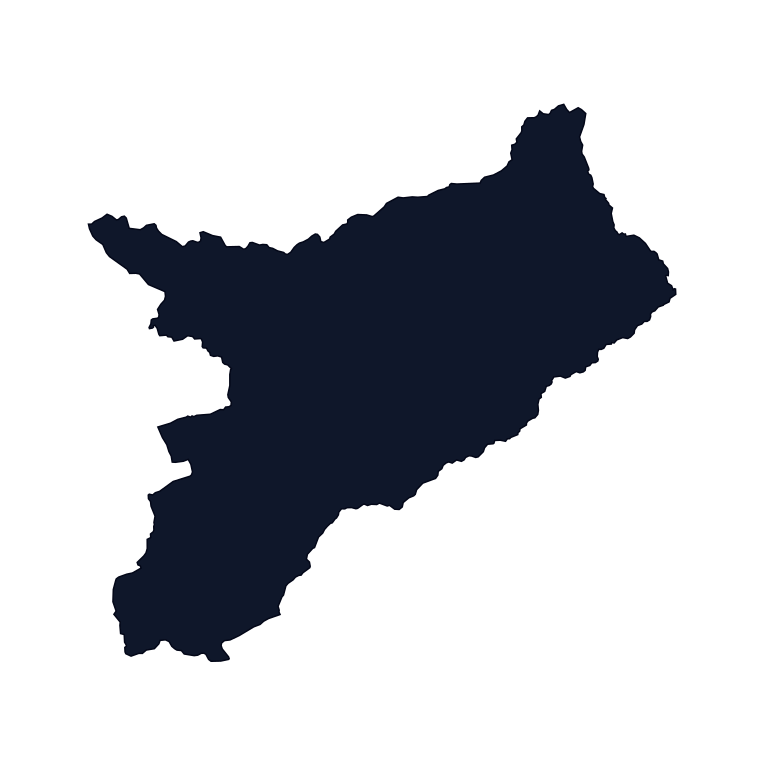 the district of Erati, Nampula, Mozambique, rotated 171°
{"feature_id": "85939544B1665883546251", "entity_name": "Erati", "entity_type": "district", "adm_level": 2, "iso_a3": "MOZ", "parent_name": "Mozambique", "parent_adm1": "Nampula", "projection": "albers", "projection_center": [39.844, -13.887], "detail": "fine", "context": "isolated", "style": "filled", "palette": "ink", "viewbox_px": 768, "rotation_deg": 171, "n_neighbors": 0, "source": "geoboundaries", "source_scale": "gbopen_adm2", "svg_char_len": 6137}
<svg xmlns="http://www.w3.org/2000/svg" viewBox="0 0 768 768"><g transform="rotate(171 384 384)"><path d="M153.2,387.9L152.6,389.4L150.3,388.5L147.2,391.1L141.0,392.5L136.2,390.8L133.2,391.9L129.0,395.0L128.0,398.3L124.5,402.0L120.0,402.9L117.2,405.1L114.2,404.7L111.7,405.8L110.1,408.8L109.8,411.6L107.8,413.3L105.0,413.9L101.1,417.2L95.8,418.1L95.2,418.8L89.6,420.5L88.1,423.9L81.8,426.9L81.2,432.2L82.4,432.7L83.7,431.8L84.6,436.1L88.1,439.2L88.9,446.7L88.0,447.2L86.3,446.6L85.5,450.2L85.8,453.7L89.3,459.0L89.5,461.8L93.2,463.7L93.9,469.7L95.0,471.3L96.6,472.8L99.3,473.1L100.2,474.2L103.8,482.0L108.9,488.4L113.9,491.9L121.3,491.9L121.9,492.3L122.1,494.4L123.7,494.5L125.2,496.0L128.1,494.7L129.4,495.6L130.4,498.2L131.4,498.9L132.6,502.3L131.8,505.2L132.6,508.7L132.9,516.9L130.8,522.1L133.8,525.6L133.9,527.5L136.4,531.6L135.7,532.5L136.8,533.7L137.1,536.7L141.2,538.4L146.5,544.5L147.1,546.3L146.1,548.8L146.4,555.3L147.1,557.8L149.2,559.6L149.5,562.6L148.1,563.4L148.1,565.2L150.7,576.9L152.4,580.2L152.4,583.0L150.4,588.9L151.8,592.9L152.2,597.5L145.9,609.1L142.4,619.6L146.0,624.1L149.0,626.5L158.3,623.1L160.6,626.6L162.7,632.1L168.2,631.4L172.7,628.6L175.7,628.1L177.6,625.3L179.3,624.4L184.5,626.0L187.5,629.4L189.8,625.4L191.8,624.1L193.9,623.5L200.6,624.4L203.7,621.5L205.4,617.9L207.7,616.5L208.3,612.4L209.2,610.8L215.0,605.4L214.9,602.0L217.4,600.3L220.5,599.9L220.9,595.4L222.7,592.2L222.4,585.5L225.8,583.9L228.3,580.1L234.7,576.2L243.2,573.3L252.3,572.5L256.1,569.9L257.6,567.4L280.8,570.1L286.2,571.5L287.8,570.6L288.8,568.5L291.6,568.3L293.4,567.3L300.2,566.7L310.4,563.5L311.7,562.4L321.4,563.2L326.9,564.4L335.9,564.8L340.9,566.3L353.3,562.0L356.1,558.9L367.8,551.5L369.4,551.2L374.6,553.7L383.5,555.5L390.2,553.9L394.2,551.7L394.5,549.3L395.6,547.9L400.0,547.6L407.8,542.4L409.7,539.9L414.2,537.5L415.0,535.7L421.2,533.2L424.1,534.5L424.4,539.2L426.3,542.2L428.4,542.9L432.2,541.4L436.0,538.9L441.5,537.0L445.5,536.4L448.1,535.2L451.4,532.9L455.5,528.7L458.9,527.1L461.0,527.7L462.5,529.6L468.4,532.2L472.7,535.4L476.1,536.7L478.0,539.9L481.9,540.8L485.2,540.7L491.9,544.4L494.3,544.5L496.9,541.3L499.3,539.4L501.5,539.0L505.4,542.4L518.0,544.1L519.2,545.7L522.4,554.6L530.1,557.4L538.7,562.7L542.1,562.2L541.8,556.9L542.8,554.0L544.5,553.1L546.2,553.1L550.4,555.4L552.6,555.4L554.9,554.8L558.8,551.4L561.7,551.2L566.9,557.2L580.1,566.5L582.9,570.4L584.3,573.6L584.4,576.4L585.9,578.2L593.8,577.9L597.0,575.8L600.6,574.5L611.3,577.6L612.6,588.2L614.2,590.4L617.1,590.2L620.7,588.0L622.6,587.9L626.5,592.2L631.0,595.0L636.4,592.1L644.5,589.8L647.8,587.6L650.9,588.1L650.6,583.4L648.5,575.7L645.8,571.5L639.9,565.8L637.7,557.2L635.2,552.8L619.8,537.6L617.9,533.0L611.8,532.2L608.2,530.9L601.1,519.1L585.9,509.5L586.1,504.8L587.7,501.1L591.9,497.7L596.0,493.1L595.3,487.9L595.9,485.6L597.2,484.4L602.2,484.5L603.8,483.7L604.9,479.7L607.2,476.6L607.0,475.4L603.9,475.5L602.7,476.3L602.7,477.6L601.0,477.9L599.3,474.4L598.6,468.4L597.9,466.8L591.2,466.3L590.1,464.5L586.3,463.5L584.7,459.3L575.9,459.7L570.4,462.4L565.6,460.8L564.0,458.1L558.1,457.6L557.3,456.9L556.6,453.8L557.7,449.4L557.0,448.0L553.7,447.2L552.7,444.2L551.2,442.5L550.9,439.5L547.9,437.9L543.8,437.8L540.2,436.0L539.9,430.5L538.4,428.6L535.4,427.3L532.3,423.0L533.3,422.1L534.8,417.5L536.5,406.7L539.9,397.9L539.9,395.1L537.6,390.2L538.5,386.7L540.7,385.8L544.1,386.0L546.4,383.7L549.8,384.4L560.3,381.3L573.9,382.4L576.9,381.5L578.6,382.5L580.1,381.5L582.9,383.0L584.5,382.2L593.2,381.4L601.0,378.7L614.1,376.9L611.2,365.7L608.0,358.0L607.0,350.9L605.4,346.1L605.4,340.0L602.3,339.3L594.2,339.1L589.2,340.2L587.3,334.9L586.9,327.1L588.4,324.3L590.0,323.3L607.5,320.7L622.4,313.1L626.9,312.4L629.8,310.6L633.1,311.9L634.2,311.2L634.6,307.5L633.0,304.4L633.2,299.8L630.8,289.3L632.9,283.2L632.8,281.1L633.7,279.4L634.1,275.9L635.0,274.2L638.1,272.4L638.4,268.8L642.2,267.6L643.6,258.5L645.5,254.4L648.2,251.7L655.7,246.4L655.3,243.8L653.2,242.6L652.7,240.2L662.1,236.7L667.9,236.4L676.3,234.8L678.9,233.4L679.6,232.2L683.5,223.4L685.8,211.3L684.1,201.6L686.8,198.8L681.8,190.1L682.6,186.9L683.2,178.7L679.8,177.2L680.6,169.6L679.4,166.4L679.6,165.2L681.2,164.4L681.7,159.9L681.2,158.0L676.4,154.8L668.3,156.3L664.8,155.7L660.4,158.4L652.2,158.5L647.0,162.6L645.3,165.8L639.9,165.5L636.5,163.2L634.6,158.1L632.2,155.3L630.2,153.6L625.8,152.4L623.6,148.6L614.0,145.4L610.4,145.3L606.6,146.6L604.0,146.3L602.2,144.9L600.3,139.4L598.2,137.2L588.5,135.9L580.5,136.3L579.9,136.9L580.2,138.8L585.2,147.6L585.8,151.1L584.9,153.6L581.7,155.5L576.1,155.3L566.3,158.2L550.7,164.5L544.0,165.9L540.0,168.5L534.8,170.4L522.7,172.6L523.4,175.2L522.9,177.1L523.4,181.0L518.1,189.7L516.3,191.2L512.5,199.9L510.0,202.1L504.4,204.8L501.7,207.1L498.1,208.3L495.7,208.2L493.7,210.2L486.0,214.2L485.4,215.5L485.5,219.8L488.0,223.1L486.3,227.8L480.1,232.8L478.2,233.3L472.6,243.1L467.9,246.3L465.5,249.6L462.3,252.3L458.8,254.7L456.8,255.0L453.5,258.3L451.9,259.1L449.5,261.9L448.7,264.5L445.5,267.4L442.2,266.8L440.0,267.6L435.3,267.0L431.3,265.2L429.5,265.3L423.4,268.4L422.1,268.4L419.3,266.6L415.3,267.2L410.0,266.1L407.2,267.1L399.9,263.0L397.5,263.3L393.1,258.7L388.6,257.7L385.2,259.7L383.6,263.9L377.3,267.7L372.2,268.9L370.4,270.1L368.3,274.5L361.2,280.0L347.8,282.7L345.1,285.5L344.1,289.2L340.1,291.3L338.3,294.4L334.8,296.4L332.2,296.9L329.0,295.2L324.2,297.6L319.6,295.5L316.7,296.6L314.9,298.7L311.3,299.8L308.8,299.2L304.9,297.1L302.4,297.3L296.5,301.6L294.6,305.3L291.1,308.3L285.6,307.9L284.7,308.3L283.5,310.9L278.0,310.3L272.9,308.4L270.7,310.6L268.5,310.3L267.1,311.4L259.8,313.1L259.2,315.1L257.5,316.0L256.6,318.5L249.8,321.2L249.3,323.3L247.5,325.0L242.5,326.9L240.3,327.0L236.9,329.9L235.6,333.9L235.2,339.9L233.2,344.9L230.7,346.2L230.5,349.9L226.4,351.6L224.1,356.3L221.0,356.7L218.8,357.9L217.7,359.7L217.9,361.2L215.1,364.4L208.5,364.2L204.0,361.5L199.1,362.4L198.0,364.0L192.2,366.2L188.8,364.4L185.2,364.8L183.2,366.0L182.1,369.4L177.8,370.1L175.5,372.4L171.8,372.1L169.2,373.3L168.5,375.0L169.1,377.8L168.1,382.1L166.5,384.6L164.0,384.2L161.3,384.9L158.4,388.3L153.2,387.9Z" fill="#0f172a" stroke="#020617" stroke-width="1.5"/></g></svg>